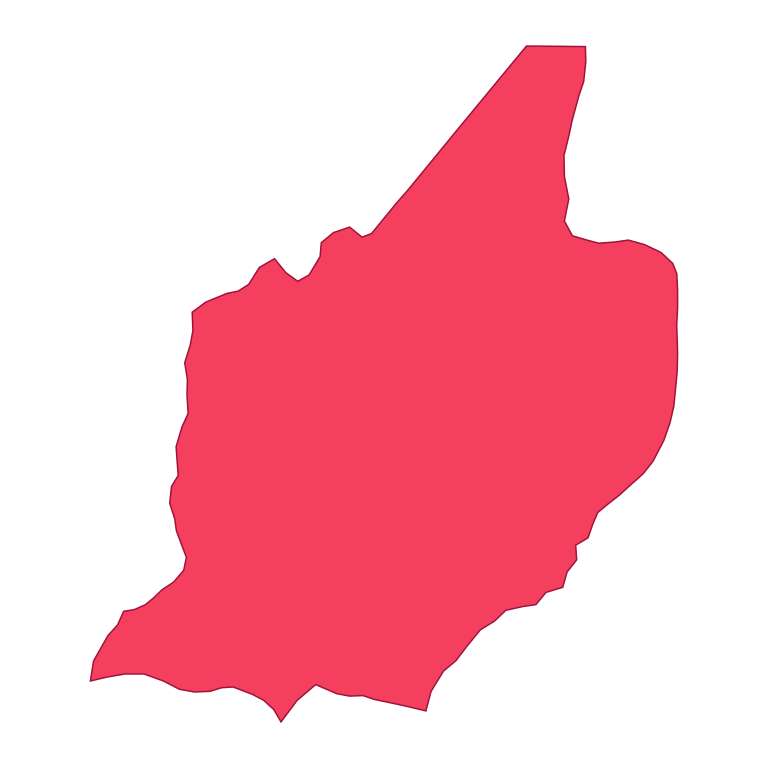 Águas Lindas de Goiás, Goiás, Brazil
{"feature_id": "56859067B76807503116989", "entity_name": "Águas Lindas de Goiás", "entity_type": "district", "adm_level": 2, "iso_a3": "BRA", "parent_name": "Brazil", "parent_adm1": "Goiás", "projection": "robinson", "projection_center": [-48.29, -15.745], "detail": "fine", "context": "isolated", "style": "filled", "palette": "rose", "viewbox_px": 768, "rotation_deg": 0, "n_neighbors": 0, "source": "geoboundaries", "source_scale": "gbopen_adm2", "svg_char_len": 1587}
<svg xmlns="http://www.w3.org/2000/svg" viewBox="0 0 768 768"><path d="M585.4,46.6L538.1,46.1L526.4,46.1L459.6,127.0L408.1,189.8L396.2,203.4L371.7,233.4L362.1,237.2L349.6,227.1L333.5,232.6L321.3,242.7L320.1,256.6L309.0,275.0L297.7,281.3L285.8,272.6L274.5,258.7L259.4,267.4L248.7,284.4L238.1,291.1L226.6,293.5L205.8,302.1L192.2,312.2L192.9,330.6L190.2,345.2L184.7,362.9L187.4,379.2L187.0,395.0L188.1,413.5L182.0,426.9L176.1,446.7L177.2,462.1L178.2,475.5L171.5,486.5L169.7,503.3L174.7,518.6L176.4,530.8L181.2,543.7L186.4,557.4L183.7,570.3L173.6,582.1L162.1,589.7L153.2,598.3L145.2,604.8L134.3,609.6L123.7,611.3L117.6,624.9L108.0,635.5L93.5,661.1L90.4,681.0L106.9,677.1L124.7,674.0L144.0,674.0L163.4,681.0L179.5,689.3L194.6,692.0L210.1,691.3L221.8,687.7L233.1,687.0L252.5,694.4L263.8,700.4L273.9,709.7L281.0,721.9L297.1,700.4L315.7,684.6L336.8,693.7L349.6,696.1L363.0,695.6L374.3,699.4L402.7,705.4L425.9,710.9L431.1,691.3L443.5,671.1L456.0,660.6L467.3,645.8L480.5,629.7L494.5,621.1L505.8,610.3L523.0,606.5L535.9,604.6L546.0,592.4L562.7,587.3L567.1,572.0L576.7,559.8L575.7,545.2L588.0,537.8L592.8,524.1L597.7,512.6L606.9,504.9L619.0,495.4L631.5,484.1L643.3,473.6L652.9,461.4L663.8,440.5L670.0,422.8L673.8,406.3L675.5,389.5L677.2,371.1L677.6,353.8L677.2,339.7L676.7,325.1L677.6,308.3L677.6,290.1L676.8,273.8L672.8,263.5L661.1,252.5L644.5,244.6L628.4,240.1L614.8,242.0L598.7,243.2L587.0,240.1L572.4,235.8L564.4,221.1L568.8,198.9L564.4,176.4L564.0,155.3L568.8,136.1L572.0,121.0L575.7,107.4L578.9,95.7L583.7,81.5L585.8,61.9L585.4,46.6Z" fill="#f43f5e" stroke="#9f1239" stroke-width="1.5"/></svg>